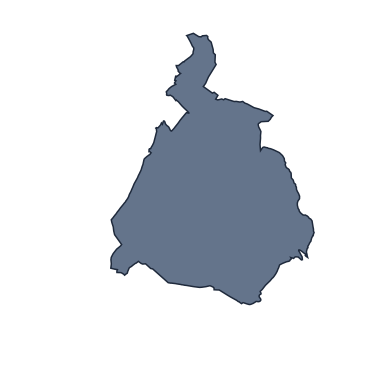 outline of Cetateni, Arges, Romania, rotated 53°
{"feature_id": "2599482B24433695468767", "entity_name": "Cetateni", "entity_type": "district", "adm_level": 2, "iso_a3": "ROU", "parent_name": "Romania", "parent_adm1": "Arges", "projection": "equal_earth", "projection_center": [25.212, 45.189], "detail": "fine", "context": "isolated", "style": "filled", "palette": "slate", "viewbox_px": 384, "rotation_deg": 53, "n_neighbors": 0, "source": "geoboundaries", "source_scale": "gbopen_adm2", "svg_char_len": 5942}
<svg xmlns="http://www.w3.org/2000/svg" viewBox="0 0 384 384"><g transform="rotate(53 192 192)"><path d="M308.1,220.5L308.1,220.4L309.1,220.2L310.2,219.9L311.0,219.6L311.0,218.0L311.2,217.7L311.7,217.3L314.1,215.7L315.0,215.0L315.7,214.5L316.4,213.9L316.7,213.4L317.0,212.9L317.3,211.9L317.5,211.2L317.5,210.9L317.8,210.1L317.8,209.2L318.0,208.3L317.9,207.4L318.0,206.7L318.2,206.4L319.3,205.3L319.7,204.8L319.9,204.4L320.1,203.5L320.1,203.0L319.9,202.4L319.7,202.1L319.2,201.7L318.8,201.6L318.5,201.5L316.9,201.5L316.5,201.5L315.8,201.2L315.5,201.1L315.2,200.7L314.9,200.1L314.8,199.7L314.8,199.4L315.0,198.8L315.0,198.5L314.9,198.2L314.5,197.9L314.0,197.7L313.1,197.6L312.4,197.4L312.1,194.6L310.7,189.5L309.9,183.0L309.2,180.1L309.1,178.6L308.6,176.8L307.7,174.2L306.5,171.6L305.4,169.9L304.7,168.5L303.0,166.0L303.0,165.5L303.5,162.7L304.6,158.5L305.2,157.2L305.5,156.6L305.7,155.9L305.7,155.2L305.3,154.5L305.2,154.3L305.3,153.9L305.3,153.5L305.2,153.2L305.0,152.9L304.8,152.8L303.7,152.6L305.5,151.3L305.7,151.2L306.0,151.1L306.2,150.8L305.9,149.2L306.2,148.1L307.9,146.3L312.1,145.5L312.5,144.6L311.3,143.8L309.8,143.0L308.4,142.9L305.9,142.5L304.9,142.3L303.2,142.2L302.6,141.7L302.6,141.3L303.7,140.6L305.4,140.0L308.7,139.2L310.0,138.5L310.7,139.7L311.5,139.7L312.3,139.5L313.8,139.0L312.0,138.3L311.0,137.7L309.1,136.9L308.8,136.7L308.4,136.4L307.3,135.1L306.4,133.9L306.3,133.6L306.4,133.3L306.4,133.2L306.2,132.9L305.8,132.5L305.3,132.4L305.0,132.1L304.4,130.4L303.7,129.1L303.5,128.9L303.5,128.7L303.3,128.3L303.1,127.7L303.0,127.0L302.8,126.6L302.0,125.7L301.0,124.4L300.6,123.9L300.1,122.7L299.8,121.6L299.5,121.7L299.3,121.2L299.1,120.8L299.0,120.6L298.8,120.4L298.4,119.9L298.2,119.6L298.2,119.4L297.9,119.0L297.8,118.9L297.7,118.8L296.5,118.6L294.7,117.3L293.0,116.5L287.3,113.5L285.0,113.5L283.6,114.2L282.1,114.1L280.5,114.4L278.5,115.4L278.0,116.4L276.8,117.3L274.9,117.6L274.1,117.9L271.7,117.8L270.5,117.2L269.1,117.2L265.9,115.8L264.1,114.4L263.0,112.9L262.1,110.2L260.1,108.6L257.2,107.8L255.3,107.6L252.8,107.0L250.9,105.7L249.6,105.6L248.5,104.8L247.9,104.7L246.3,105.1L243.4,104.0L240.6,104.2L236.7,101.6L235.7,101.3L234.5,101.6L232.7,101.0L231.4,101.2L230.3,101.7L228.5,101.9L226.2,101.1L225.1,99.6L223.1,99.6L220.8,98.2L217.4,97.8L213.2,98.5L211.6,99.3L207.4,101.5L204.7,103.2L203.1,104.7L202.1,105.1L201.3,105.9L199.4,107.4L199.0,108.8L200.2,112.4L195.0,109.1L190.3,104.9L188.1,103.3L185.2,100.6L183.6,100.2L180.2,99.6L178.0,98.6L177.4,97.8L177.5,94.4L177.9,93.8L181.4,88.6L181.0,85.7L180.1,83.6L179.7,81.3L172.5,83.7L171.7,85.0L166.0,88.6L162.0,91.7L155.1,94.8L152.8,96.3L150.2,97.0L149.0,99.6L146.3,102.1L145.1,103.9L137.4,109.4L137.4,111.2L135.6,112.3L133.9,116.1L132.1,117.2L130.4,113.1L125.7,114.3L125.3,116.2L114.6,119.5L113.4,115.7L110.1,109.8L104.7,96.0L102.2,95.6L96.4,90.8L93.8,91.2L90.8,89.3L83.8,86.5L80.1,87.2L78.5,86.8L77.3,85.8L75.7,86.2L73.5,89.7L73.6,91.3L72.0,93.1L66.1,95.4L63.9,102.1L64.7,102.0L65.4,102.1L71.5,103.0L75.7,103.9L78.0,103.9L79.3,104.9L80.6,106.6L82.2,108.0L83.0,111.8L82.9,118.5L83.3,120.2L82.7,120.6L82.9,126.6L81.5,128.5L82.9,129.1L86.4,129.6L86.5,129.9L87.4,130.4L87.9,130.3L88.7,130.2L89.9,130.1L90.4,129.8L90.6,132.4L90.6,134.1L90.3,134.2L90.6,135.5L89.9,135.6L92.4,138.6L93.5,137.9L94.4,140.4L96.2,140.1L95.5,144.9L95.6,147.9L95.8,149.0L96.1,149.9L96.3,150.7L96.3,151.7L96.4,152.1L96.6,152.3L97.0,152.5L97.7,152.7L98.0,152.9L98.6,153.3L99.0,153.8L99.5,153.9L99.8,153.7L100.9,152.6L101.2,152.2L101.5,151.2L101.9,150.9L102.3,150.8L103.4,150.3L104.8,149.9L109.2,149.9L109.1,149.2L109.5,149.2L111.5,148.6L112.5,148.5L114.6,148.4L117.5,148.2L118.1,148.1L120.9,147.7L123.1,147.3L124.3,147.1L125.5,146.9L126.2,146.9L126.6,146.9L127.0,146.9L127.1,147.0L126.9,147.3L125.7,148.3L125.3,148.7L125.5,149.6L125.8,151.0L126.4,153.4L126.7,154.9L127.6,158.4L128.8,162.1L129.4,164.5L130.0,166.8L130.3,167.7L130.5,168.8L130.6,169.1L130.7,169.8L130.9,171.0L131.0,171.6L130.8,171.8L130.6,171.9L130.3,172.1L129.9,172.1L129.3,172.1L128.7,172.0L127.5,171.7L126.2,171.5L125.4,171.6L123.7,172.1L122.5,172.2L121.8,172.2L121.1,172.0L119.7,171.5L119.2,171.5L118.9,171.4L118.6,171.5L118.3,171.7L118.2,171.9L118.2,172.2L120.1,174.9L118.5,174.9L119.6,176.9L120.3,180.7L119.2,181.6L119.2,182.5L120.2,182.5L122.7,184.0L122.9,184.4L123.9,185.7L126.0,188.3L126.8,189.3L127.8,190.6L128.7,191.7L129.6,192.9L130.7,195.0L130.9,195.4L131.9,197.9L132.5,199.0L131.9,200.0L132.1,200.6L133.9,202.1L134.3,201.4L136.1,201.1L136.1,201.4L136.1,201.8L136.5,202.5L136.7,203.3L136.5,204.5L136.6,206.0L136.5,206.5L136.6,207.4L136.7,209.0L136.9,210.3L137.7,211.4L140.5,214.6L141.6,216.4L143.8,219.4L144.3,220.3L145.1,221.9L145.7,223.0L146.3,224.3L147.0,225.6L147.4,226.2L147.5,226.4L147.9,227.1L149.9,231.6L150.6,233.2L151.5,234.7L152.8,236.9L153.6,238.4L154.9,240.6L155.8,242.6L156.2,243.4L157.8,245.8L158.6,247.7L159.1,249.2L159.4,250.3L159.7,250.8L159.9,251.4L160.1,252.6L160.6,254.4L161.6,258.6L162.6,261.9L162.9,263.3L163.8,265.9L164.1,267.4L164.2,267.6L164.5,268.8L164.7,269.6L164.9,270.0L165.0,270.5L165.6,273.2L168.2,274.4L172.5,275.9L175.9,277.9L179.5,279.5L191.6,279.8L192.1,281.6L192.3,286.6L193.8,292.1L195.6,295.8L197.3,297.5L200.9,299.7L204.0,302.7L207.1,300.2L209.1,298.3L209.3,298.7L210.0,299.6L211.1,300.4L213.8,297.1L216.6,296.0L217.9,295.9L217.8,294.3L217.8,293.4L217.9,292.9L217.9,292.7L217.7,292.3L216.8,291.2L216.3,290.3L215.7,289.3L215.4,288.9L215.3,288.6L215.1,288.4L214.9,287.9L214.8,287.4L214.8,286.9L215.0,285.3L215.0,284.7L214.9,283.6L214.9,280.2L215.2,279.4L215.1,276.6L218.5,275.6L219.9,274.7L221.4,272.3L228.3,271.0L229.7,269.7L250.1,265.6L251.9,263.9L252.4,263.2L253.7,261.9L255.2,260.3L256.0,259.6L258.9,256.8L260.0,255.9L260.6,255.2L262.0,254.0L263.3,252.6L268.3,247.9L272.8,243.3L274.0,241.4L276.0,237.8L277.7,234.0L280.5,232.4L282.0,232.2L283.4,233.2L286.7,229.2L295.8,225.7L299.0,224.4L305.5,221.5L307.4,221.0L308.1,220.5Z" fill="#64748b" stroke="#1e293b" stroke-width="1.5"/></g></svg>